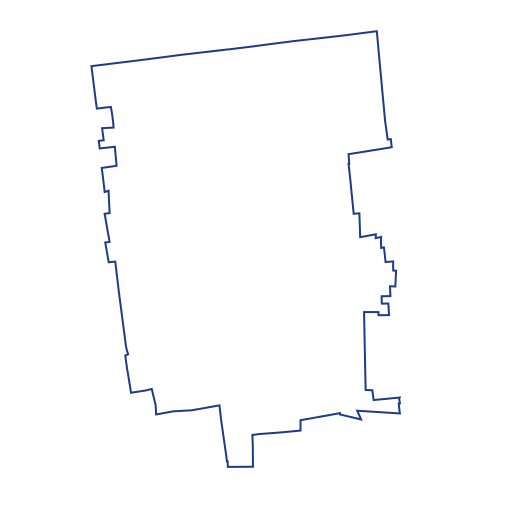 outline of Calakmul, Campeche, Mexico, rotated 173°
{"feature_id": "50627088B56172328383937", "entity_name": "Calakmul", "entity_type": "district", "adm_level": 2, "iso_a3": "MEX", "parent_name": "Mexico", "parent_adm1": "Campeche", "projection": "natural_earth1", "projection_center": [-89.72, 18.488], "detail": "fine", "context": "isolated", "style": "outline", "palette": "blue", "viewbox_px": 512, "rotation_deg": 173, "n_neighbors": 0, "source": "geoboundaries", "source_scale": "gbopen_adm2", "svg_char_len": 3284}
<svg xmlns="http://www.w3.org/2000/svg" viewBox="0 0 512 512"><g transform="rotate(173 256 256)"><path d="M108.7,464.4L135.6,464.2L140.0,464.2L145.6,464.2L154.4,464.3L191.7,464.7L192.1,464.7L210.2,464.6L213.2,464.6L214.3,464.6L224.3,464.5L232.7,464.4L233.4,464.4L240.7,464.4L251.7,464.4L257.2,464.4L260.9,464.5L306.5,464.8L327.2,464.6L349.5,464.5L350.3,464.5L351.0,464.5L352.6,464.5L354.6,464.5L356.1,464.5L357.9,464.5L359.4,464.5L362.0,464.5L364.7,464.5L366.7,464.5L368.6,464.5L370.5,464.5L371.7,464.5L375.0,464.5L376.4,464.5L377.6,464.5L380.4,464.5L382.3,464.5L383.6,464.5L386.2,464.5L396.2,464.5L396.1,425.9L396.0,421.7L385.9,421.7L383.0,421.6L382.9,421.6L381.9,421.6L381.7,418.0L381.7,417.9L381.6,415.6L381.5,411.9L381.5,410.7L381.5,409.6L381.5,405.1L381.6,404.5L381.6,404.2L381.6,403.6L381.6,402.8L381.7,400.8L384.5,401.0L385.3,401.1L393.2,401.6L393.1,394.6L393.1,394.4L393.1,393.9L393.1,393.5L393.1,392.9L393.1,391.7L393.1,389.4L398.0,389.5L398.0,388.2L398.0,383.5L398.0,381.8L396.2,381.8L389.1,381.7L382.8,381.6L383.4,362.5L392.9,362.3L393.0,362.3L398.4,362.2L398.3,352.9L398.4,337.9L394.4,338.8L396.1,316.4L401.1,316.4L399.6,287.9L401.8,287.8L404.0,287.8L403.3,274.4L403.1,269.6L402.9,267.7L400.7,267.7L396.4,267.6L396.4,260.1L396.4,259.9L396.5,237.0L396.1,190.0L396.1,183.0L395.9,180.3L395.8,179.3L395.6,177.7L394.9,174.0L397.9,173.1L397.7,159.5L397.5,156.7L397.1,146.1L396.7,135.5L381.4,136.0L375.7,136.8L373.8,120.1L374.4,110.9L356.7,111.9L338.9,110.7L327.0,111.3L310.5,112.2L310.6,97.4L309.9,62.4L309.9,55.7L309.2,55.7L309.6,50.1L284.7,47.2L282.4,67.0L281.4,78.8L274.6,78.9L260.8,78.2L253.7,77.9L233.1,77.3L231.8,87.6L202.3,89.2L191.8,89.8L191.9,88.5L171.6,80.9L174.4,90.1L132.4,82.2L132.4,87.7L132.3,92.2L131.1,92.2L131.3,96.9L130.9,97.4L130.6,98.0L156.8,98.7L156.9,108.6L163.5,109.6L162.1,123.6L157.2,171.5L155.6,187.2L149.3,186.4L148.7,186.3L147.5,186.2L145.7,186.0L144.4,185.8L143.8,185.7L142.7,185.6L141.3,185.4L141.5,183.4L141.6,182.3L139.8,182.1L137.8,181.9L135.8,181.6L133.3,181.4L131.3,181.1L131.2,181.1L130.9,185.2L130.8,187.1L130.6,189.3L130.5,191.4L130.4,192.7L136.9,193.4L136.8,194.8L136.4,199.0L136.3,200.2L136.2,200.8L133.8,200.5L132.4,200.3L131.3,200.2L130.5,200.1L130.0,200.1L129.5,200.0L129.0,200.0L128.5,199.9L128.0,199.8L127.5,199.8L126.8,208.3L126.7,209.6L125.9,209.5L125.3,209.4L124.1,209.2L123.0,209.0L122.7,209.0L122.5,208.9L121.4,208.8L121.2,210.2L120.6,213.7L120.4,214.7L120.2,216.1L119.8,218.3L119.3,221.1L118.8,224.3L119.8,224.5L120.7,224.7L120.8,224.7L121.6,224.9L121.2,228.5L121.2,229.0L120.9,230.7L120.5,233.9L121.4,234.0L122.4,234.0L123.3,234.0L128.1,234.2L128.1,234.3L128.1,234.8L128.1,235.4L128.1,236.3L128.1,237.1L128.1,237.3L128.1,238.0L128.1,239.6L128.0,240.9L128.0,241.6L128.0,242.6L128.0,242.9L128.0,243.5L128.0,244.0L128.0,244.9L128.0,245.3L128.0,246.2L128.0,247.3L128.0,247.6L128.0,249.0L128.5,249.0L129.2,248.9L130.0,248.8L130.5,248.7L130.8,248.7L130.6,250.4L130.5,252.0L130.3,254.0L130.2,255.0L130.1,255.8L129.9,257.5L129.8,258.6L129.5,259.6L135.0,259.2L134.4,263.0L143.2,262.4L150.3,262.0L148.9,277.6L148.2,285.8L153.9,286.0L153.3,312.2L153.1,319.8L152.9,336.1L152.3,336.0L151.7,345.8L108.0,347.4L108.0,355.6L111.1,355.6L111.4,374.8L111.1,384.3L110.6,402.2L108.7,464.4Z" fill="none" stroke="#1e3a8a" stroke-width="2"/></g></svg>